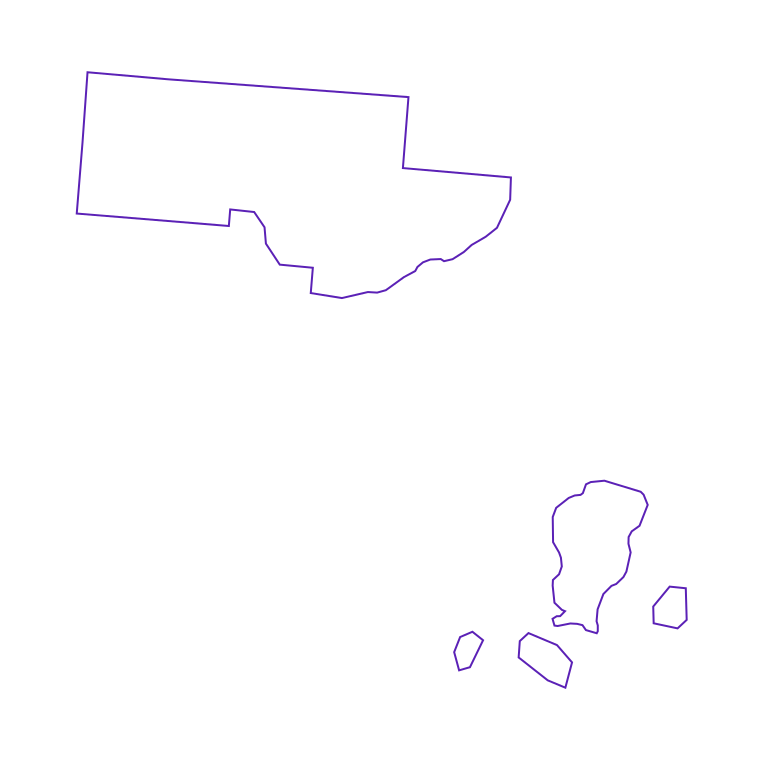 outline of Charlevoix, Michigan, United States of America, rotated 184°
{"feature_id": "52423323B98069421042704", "entity_name": "Charlevoix", "entity_type": "district", "adm_level": 2, "iso_a3": "USA", "parent_name": "United States of America", "parent_adm1": "Michigan", "projection": "robinson", "projection_center": [-85.407, 45.472], "detail": "fine", "context": "isolated", "style": "outline", "palette": "violet", "viewbox_px": 768, "rotation_deg": 184, "n_neighbors": 0, "source": "geoboundaries", "source_scale": "gbopen_adm2", "svg_char_len": 1384}
<svg xmlns="http://www.w3.org/2000/svg" viewBox="0 0 768 768"><g transform="rotate(184 384 384)"><path d="M701.6,603.6L702.4,532.6L549.8,530.8L549.6,547.4L525.5,546.5L514.1,532.0L511.6,515.8L496.3,495.8L463.1,495.0L463.4,469.6L432.0,466.8L406.5,474.6L397.2,474.7L388.7,477.7L371.6,492.0L360.7,498.9L358.8,503.1L353.6,508.1L346.5,511.4L336.1,512.6L332.7,510.7L324.3,513.3L313.5,521.3L306.3,528.8L292.8,538.0L282.2,547.7L271.0,576.6L271.8,598.9L380.2,600.7L379.6,671.9L620.8,672.9L701.5,674.3L701.6,603.6ZM112.5,281.8L117.3,291.7L120.4,294.4L157.4,302.9L170.9,300.6L175.5,298.0L178.0,289.0L180.2,287.1L186.0,286.1L191.8,283.2L203.6,272.5L206.4,263.1L204.3,238.0L197.6,228.1L195.4,223.1L193.9,214.4L196.1,206.4L201.8,200.3L201.7,194.7L198.7,177.7L190.8,171.1L187.6,170.0L192.1,164.7L195.5,164.4L199.5,161.5L197.1,154.9L193.9,154.7L181.4,158.1L174.6,158.2L169.2,157.3L165.4,152.6L154.4,150.2L153.5,152.3L153.9,158.1L155.4,162.2L155.2,174.1L150.5,189.8L143.0,198.5L138.4,200.7L131.7,208.1L129.1,213.8L126.2,233.2L129.0,241.7L129.3,248.4L126.6,254.3L119.2,260.4L112.5,281.8ZM181.9,93.7L177.0,119.4L193.2,135.6L222.5,145.6L230.6,137.0L230.6,120.6L200.0,99.8L181.9,93.7ZM65.6,169.8L68.7,201.3L84.9,201.8L99.9,180.8L98.3,164.1L74.1,160.7L65.6,169.8ZM267.3,135.3L278.5,143.0L290.4,136.9L295.3,121.4L289.1,103.6L278.5,107.5L267.3,135.3Z" fill="none" stroke="#5b21b6" stroke-width="2"/></g></svg>